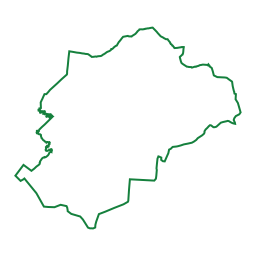 Vermes, Caras-Severin, Romania
{"feature_id": "2599482B13425405554556", "entity_name": "Vermes", "entity_type": "district", "adm_level": 2, "iso_a3": "ROU", "parent_name": "Romania", "parent_adm1": "Caras-Severin", "projection": "albers", "projection_center": [21.625, 45.523], "detail": "fine", "context": "isolated", "style": "outline", "palette": "green", "viewbox_px": 256, "rotation_deg": 0, "n_neighbors": 0, "source": "geoboundaries", "source_scale": "gbopen_adm2", "svg_char_len": 5550}
<svg xmlns="http://www.w3.org/2000/svg" viewBox="0 0 256 256"><path d="M82.9,219.5L88.0,227.6L89.8,228.3L93.2,228.4L95.2,227.5L95.4,224.8L96.2,221.7L98.9,214.1L105.2,211.7L114.3,207.9L123.5,204.3L127.9,201.8L128.3,200.7L129.0,190.0L129.9,179.3L154.3,180.6L155.9,178.7L156.3,175.9L156.8,170.0L156.5,168.4L156.9,164.2L157.5,158.6L158.4,156.4L159.1,156.6L161.3,157.6L161.2,159.9L162.9,161.2L164.7,161.4L167.6,154.8L168.3,153.3L169.1,149.6L170.6,148.9L171.0,148.6L171.8,147.7L172.8,146.9L176.5,146.5L178.0,146.2L180.9,145.4L183.8,144.4L187.9,143.6L191.9,142.7L193.9,141.6L196.3,139.9L197.7,138.2L202.2,135.3L204.0,133.7L204.3,133.1L204.5,132.5L204.5,131.9L204.5,131.3L205.6,129.5L207.3,127.9L208.8,126.2L210.0,125.2L211.1,125.4L213.4,127.2L214.7,127.2L216.4,126.7L220.8,122.7L223.1,122.0L226.7,121.2L227.6,120.9L228.3,121.0L229.0,121.2L230.8,122.3L232.4,123.1L233.7,123.5L235.1,123.8L234.9,122.6L233.7,120.0L234.3,118.2L235.8,116.1L239.3,114.3L240.6,112.4L237.9,103.0L235.6,99.3L235.9,94.1L234.5,93.6L234.3,92.9L234.2,91.7L234.0,91.4L233.9,91.0L233.7,90.4L232.7,86.1L232.1,81.8L231.9,81.5L228.9,79.4L226.8,77.8L225.0,77.5L217.3,77.1L214.0,75.5L213.8,75.3L212.9,71.7L212.0,68.8L211.8,68.1L210.6,67.1L209.6,66.5L209.3,66.2L209.2,66.0L209.5,65.7L209.4,65.5L209.0,65.2L208.5,64.5L208.3,64.9L208.1,64.8L207.7,65.2L207.2,64.8L206.9,64.9L203.0,64.6L202.3,64.7L201.5,64.9L199.7,65.2L199.1,65.5L198.7,65.8L196.5,66.4L196.5,66.5L195.8,66.8L195.1,66.6L191.9,67.6L191.7,67.5L191.4,67.1L191.1,67.1L188.9,67.0L187.7,66.7L186.9,66.7L182.9,64.1L182.1,63.5L181.4,62.8L181.1,61.9L180.9,61.4L180.0,58.0L179.8,57.0L180.0,56.7L181.0,55.9L182.5,54.4L182.6,54.1L182.7,53.9L182.8,54.0L182.9,53.8L182.9,53.5L183.1,53.0L183.3,51.4L183.5,48.7L183.8,47.1L183.2,47.0L181.3,47.1L181.0,47.3L180.6,47.3L177.1,47.9L175.3,48.0L174.7,48.1L174.4,48.0L174.1,47.4L173.9,47.3L173.7,46.9L173.0,46.1L172.8,45.7L172.7,45.6L172.3,45.6L171.9,44.9L171.5,44.4L170.8,44.1L170.4,43.1L170.1,42.9L170.0,42.3L168.4,40.4L167.6,39.2L165.9,39.2L164.3,38.3L164.0,38.2L163.5,37.8L162.7,37.3L161.4,36.7L160.6,36.2L157.5,32.8L157.0,32.1L155.1,30.1L153.3,28.3L152.8,27.7L152.5,27.6L150.7,27.9L148.3,28.4L147.4,28.4L144.8,29.0L144.8,28.9L142.8,29.4L141.8,29.3L139.5,29.4L139.4,29.7L137.3,31.5L137.2,31.9L136.9,32.2L135.4,33.9L131.9,36.1L131.6,36.5L130.5,36.4L129.1,36.4L128.3,36.2L127.9,35.9L123.1,36.8L121.5,38.7L120.9,39.6L119.8,40.9L119.5,41.4L119.3,41.5L118.9,41.9L117.8,43.7L117.0,45.2L116.6,45.7L115.9,45.8L115.2,46.3L114.3,47.1L113.7,47.4L113.4,48.0L113.2,48.2L112.2,49.0L111.8,49.2L111.6,49.0L111.4,49.0L111.4,49.4L111.3,49.5L110.3,50.5L109.9,50.7L109.1,51.2L107.7,51.7L106.7,52.2L104.9,53.6L104.4,53.8L103.8,54.3L103.2,54.5L102.4,55.1L101.6,55.7L101.2,55.9L100.2,56.1L99.1,56.1L98.7,56.2L97.9,56.3L97.2,56.4L96.7,56.7L95.5,56.5L92.8,56.9L91.7,56.9L91.6,56.7L88.6,54.5L88.1,54.2L87.0,54.0L85.4,53.9L84.2,53.6L82.2,53.4L79.7,52.9L76.8,52.6L73.0,51.9L69.3,51.3L68.5,58.0L67.8,65.6L67.1,71.4L67.1,73.3L67.0,73.7L66.9,74.5L61.6,79.2L57.3,83.3L50.1,89.8L48.3,92.0L46.4,94.1L44.5,94.1L42.9,97.6L42.4,98.9L42.1,99.3L40.7,102.4L40.9,108.1L40.8,108.3L40.4,108.5L39.9,108.4L39.5,108.4L39.5,108.8L39.3,109.3L38.5,109.6L38.5,110.3L38.6,110.7L38.9,110.7L39.4,110.3L39.7,110.1L40.0,110.2L40.4,110.7L40.4,110.9L40.1,111.7L40.0,112.1L40.0,112.4L40.2,112.8L40.4,112.8L40.7,112.7L41.2,112.3L41.5,111.5L41.7,111.2L42.0,111.2L42.0,111.6L42.0,112.1L42.2,112.4L42.6,112.3L43.4,111.5L44.0,111.1L44.5,111.1L44.8,111.3L44.9,111.6L44.8,112.0L43.8,112.9L43.5,113.4L43.4,113.8L43.5,113.8L43.8,113.5L44.0,113.4L44.2,113.7L44.5,114.2L44.8,114.3L45.0,114.0L45.2,113.6L45.5,113.5L45.9,113.7L47.2,114.0L47.3,114.2L47.3,114.5L46.7,115.4L46.3,116.5L46.5,116.8L47.0,116.7L47.6,116.4L47.8,116.1L47.6,115.1L47.7,114.7L48.0,114.3L48.2,114.2L48.7,114.2L48.9,114.3L49.0,114.7L48.3,115.4L48.2,115.8L49.0,116.6L49.3,117.4L49.6,117.7L49.8,117.8L49.9,117.7L49.8,116.9L49.8,116.0L49.7,114.9L49.8,114.5L50.1,114.2L50.6,114.2L50.8,114.3L50.9,114.5L50.9,115.0L50.5,116.5L50.9,116.8L51.1,116.7L51.4,115.8L51.6,115.6L51.8,115.5L52.1,115.6L52.3,116.2L52.4,116.3L52.8,116.5L44.7,124.5L41.7,127.2L39.7,129.2L39.3,129.5L39.2,129.7L39.1,130.1L38.9,130.5L38.8,131.4L38.6,131.6L37.2,130.7L36.9,130.8L36.9,131.0L36.9,131.7L36.6,132.6L36.8,133.0L36.9,133.3L37.3,133.5L38.1,133.4L38.9,134.2L39.5,134.3L40.2,134.3L40.9,134.9L40.9,135.0L41.0,135.5L40.9,135.9L41.1,136.6L41.5,137.8L41.5,138.0L42.1,138.4L42.4,139.1L43.2,140.1L43.9,140.6L44.3,140.7L44.5,141.1L44.8,141.5L45.1,141.7L45.5,141.7L45.8,141.8L46.3,142.6L46.7,142.2L47.3,142.0L47.7,142.0L48.6,142.3L49.4,142.1L49.6,142.4L49.8,142.8L49.6,143.1L49.2,143.1L49.1,143.4L49.5,144.2L49.2,144.6L48.8,144.6L48.9,144.9L48.7,145.1L48.5,145.4L48.7,146.2L48.6,146.5L48.2,146.6L47.9,146.4L47.8,146.2L47.5,146.0L47.0,145.9L46.9,146.2L47.1,146.9L46.9,146.8L46.1,146.8L45.9,147.1L46.1,147.5L46.0,147.8L46.1,148.9L45.7,149.4L45.9,150.0L45.8,150.4L46.2,150.8L46.8,150.9L47.3,150.9L47.9,150.7L48.7,150.1L49.2,149.9L49.5,150.0L49.9,150.0L49.9,149.8L50.1,149.5L51.2,149.1L51.6,149.3L51.8,149.7L51.9,150.2L51.9,150.8L51.2,151.7L51.3,152.1L50.4,151.9L49.7,152.4L49.2,153.1L48.8,154.1L48.3,154.9L47.8,155.5L47.0,156.2L45.9,157.0L45.1,157.3L44.6,157.1L44.4,157.5L43.9,157.4L43.4,157.5L42.1,158.4L40.0,161.5L40.1,162.1L39.6,162.9L39.8,163.5L39.5,164.2L38.6,165.0L36.4,166.6L34.2,168.7L31.4,170.8L23.5,164.9L15.4,175.7L20.6,180.9L23.3,179.4L24.4,178.5L36.4,193.2L43.9,206.6L48.3,207.0L54.5,207.2L60.6,204.8L66.5,206.1L67.2,207.6L67.6,209.9L67.7,211.2L71.3,213.9L80.2,216.5L82.9,219.5Z" fill="none" stroke="#15803d" stroke-width="2"/></svg>